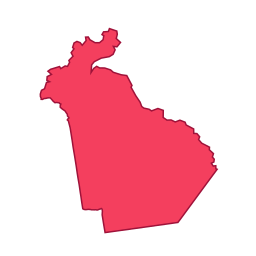 Boise, Idaho, United States of America, rotated 261°
{"feature_id": "52423323B9303056648092", "entity_name": "Boise", "entity_type": "district", "adm_level": 2, "iso_a3": "USA", "parent_name": "United States of America", "parent_adm1": "Idaho", "projection": "mercator", "projection_center": [-115.514, 43.968], "detail": "fine", "context": "isolated", "style": "filled", "palette": "rose", "viewbox_px": 256, "rotation_deg": 261, "n_neighbors": 0, "source": "geoboundaries", "source_scale": "gbopen_adm2", "svg_char_len": 1958}
<svg xmlns="http://www.w3.org/2000/svg" viewBox="0 0 256 256"><g transform="rotate(261 128 128)"><path d="M178.8,48.5L177.7,47.9L175.2,46.7L172.7,46.4L171.1,46.9L169.9,46.7L169.6,48.2L170.2,49.4L170.1,51.3L170.3,53.8L169.9,55.9L168.0,57.2L166.1,58.3L164.4,59.8L164.4,61.4L163.6,64.0L162.8,64.4L162.3,64.9L162.3,65.3L161.5,65.2L160.9,64.6L159.1,64.3L157.5,65.6L156.0,67.1L154.7,68.5L152.4,69.5L151.1,70.2L149.3,70.1L147.7,71.2L147.0,71.1L146.5,70.2L145.5,69.3L144.4,70.2L137.2,70.9L127.9,70.9L124.1,70.9L118.0,70.8L107.3,70.9L98.2,70.9L91.6,70.8L85.7,70.8L79.7,70.9L72.0,70.8L68.0,70.8L62.2,70.7L55.3,70.7L54.4,71.9L54.0,73.4L53.9,74.6L53.9,76.0L53.7,76.7L53.5,77.8L52.9,79.2L52.7,80.6L52.4,82.1L52.3,83.5L51.8,84.6L51.9,85.7L52.3,87.1L52.3,88.2L52.7,88.9L51.9,89.7L49.9,89.7L46.3,88.9L40.5,88.9L37.4,88.9L28.3,89.0L26.9,162.5L29.7,165.4L64.3,200.4L73.3,209.6L74.0,208.4L77.0,208.8L77.1,206.2L80.2,204.8L81.0,207.5L83.7,208.3L86.1,206.8L89.3,208.4L93.8,204.9L96.3,205.5L101.5,198.4L105.6,195.9L108.1,197.4L111.7,195.2L112.4,192.1L116.8,192.7L121.9,185.9L124.8,185.3L127.6,180.5L126.6,175.6L129.2,171.8L129.7,167.7L132.9,164.4L139.9,165.6L142.6,160.6L141.2,153.9L143.2,151.8L145.2,146.7L147.1,144.9L151.6,144.0L158.7,140.7L167.8,137.4L169.4,138.6L180.0,135.0L181.6,129.7L185.3,122.2L188.1,119.9L190.9,114.4L191.8,109.3L193.8,106.7L192.2,103.5L188.6,100.2L196.1,102.0L198.8,105.1L201.2,112.5L201.4,120.7L203.1,124.8L207.2,127.5L210.9,126.3L209.9,129.8L213.7,134.0L218.2,130.4L222.3,132.1L225.5,132.1L229.1,125.2L226.4,123.7L226.8,118.9L224.3,116.9L223.0,118.5L219.1,117.2L216.7,113.2L217.4,108.8L221.1,104.2L224.1,103.0L224.4,100.3L220.9,100.3L216.9,95.7L219.8,94.1L221.5,91.1L220.4,88.0L216.2,85.9L214.6,87.0L211.3,83.6L207.5,84.9L204.0,80.2L202.0,80.6L198.3,77.9L199.1,75.6L197.2,70.9L199.4,70.0L198.1,60.7L196.6,57.8L192.9,60.8L191.4,56.2L187.8,55.3L186.0,57.7L185.7,54.6L179.8,51.7L178.8,48.5Z" fill="#f43f5e" stroke="#9f1239" stroke-width="1.5"/></g></svg>